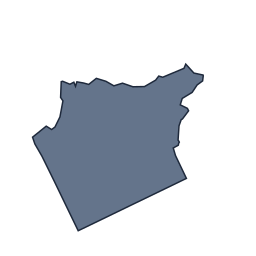 the district of Wright, Minnesota, United States of America, rotated 334°
{"feature_id": "52423323B29714862444968", "entity_name": "Wright", "entity_type": "district", "adm_level": 2, "iso_a3": "USA", "parent_name": "United States of America", "parent_adm1": "Minnesota", "projection": "equal_earth", "projection_center": [-93.865, 45.201], "detail": "fine", "context": "isolated", "style": "filled", "palette": "slate", "viewbox_px": 256, "rotation_deg": 334, "n_neighbors": 0, "source": "geoboundaries", "source_scale": "gbopen_adm2", "svg_char_len": 786}
<svg xmlns="http://www.w3.org/2000/svg" viewBox="0 0 256 256"><g transform="rotate(334 128 128)"><path d="M38.2,198.5L98.2,198.7L158.4,198.9L158.6,173.6L159.9,165.8L165.7,165.5L166.7,164.1L166.8,164.0L167.9,163.2L167.9,162.1L167.7,160.8L174.8,148.4L179.6,143.7L180.8,143.8L190.0,139.1L190.0,136.4L185.1,130.1L189.7,125.2L201.3,124.1L209.0,119.6L215.7,118.4L218.5,114.1L218.7,113.3L211.3,107.5L207.9,95.9L204.5,98.9L181.5,97.6L178.4,94.8L173.8,97.1L161.0,98.0L150.5,93.1L142.7,85.3L133.8,83.9L128.6,76.3L121.3,69.5L111.8,71.6L107.8,68.1L102.3,64.1L99.1,67.5L99.4,63.1L95.0,63.2L89.7,57.3L88.3,57.1L80.8,71.0L81.4,75.1L71.7,88.2L62.8,95.1L58.7,95.9L55.3,90.5L38.2,94.4L37.3,101.5L38.3,115.7L38.4,143.3L38.3,170.8L38.2,198.5Z" fill="#64748b" stroke="#1e293b" stroke-width="1.5"/></g></svg>